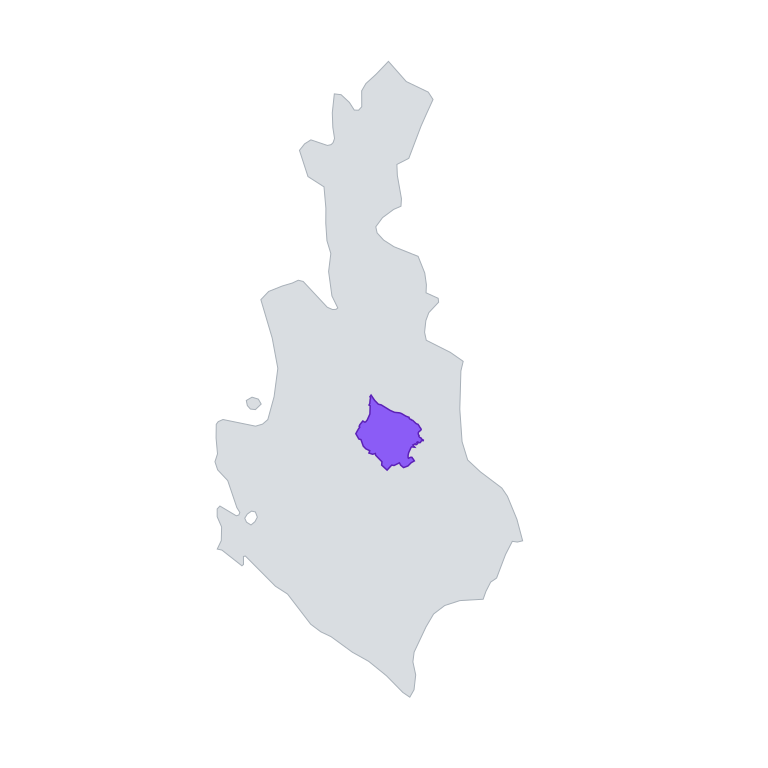 Kotayk, Kotayk, Armenia shown in context, rotated 226°
{"feature_id": "60910142B27902732275271", "entity_name": "Kotayk", "entity_type": "district", "adm_level": 2, "iso_a3": "ARM", "parent_name": "Armenia", "parent_adm1": "Kotayk", "projection": "natural_earth1", "projection_center": [44.724, 40.239], "detail": "fine", "context": "in_parent", "style": "filled", "palette": "violet", "viewbox_px": 768, "rotation_deg": 226, "n_neighbors": 0, "source": "geoboundaries", "source_scale": "gbopen_adm2", "svg_char_len": 3271}
<svg xmlns="http://www.w3.org/2000/svg" viewBox="0 0 768 768"><g transform="rotate(226 384 384)"><path d="M345.3,456.7L340.0,448.4L313.2,421.0L288.3,400.1L271.2,391.4L254.0,392.3L227.3,396.5L217.5,394.8L194.3,385.6L174.9,374.8L177.6,370.2L181.7,367.0L176.9,352.9L166.2,330.2L167.4,323.1L164.0,313.2L160.3,305.8L175.5,288.1L182.5,273.8L184.1,259.9L180.1,245.5L170.2,219.4L164.1,211.8L152.7,204.7L143.2,193.2L140.8,185.0L148.9,183.3L172.4,183.1L195.2,180.3L213.1,174.9L239.0,170.4L249.6,166.4L262.1,164.4L299.9,168.7L314.0,165.4L356.5,164.8L357.6,163.1L351.8,157.6L351.9,155.5L377.2,152.0L381.1,149.4L384.4,158.2L394.0,167.9L404.4,171.8L410.0,177.2L410.2,181.2L391.8,186.2L390.6,188.6L391.8,191.1L397.3,192.3L423.1,204.5L437.8,204.7L445.5,208.4L449.4,215.7L461.7,225.6L471.5,235.3L472.1,238.6L470.3,243.5L442.9,262.3L439.5,268.8L439.1,275.7L451.2,296.1L469.0,318.5L494.7,335.5L530.2,354.0L530.7,365.4L525.1,379.0L520.3,388.2L518.2,394.4L513.9,397.1L478.6,396.5L473.3,398.7L471.0,401.4L470.8,403.6L483.5,407.7L503.4,422.3L514.8,436.4L526.7,442.5L540.1,453.8L550.8,464.3L567.5,477.8L586.0,473.4L610.8,485.5L611.9,493.7L610.4,501.0L594.9,509.0L592.9,512.3L593.0,515.1L595.0,519.0L604.2,525.5L615.0,535.2L627.2,549.8L621.9,554.1L610.6,554.7L601.7,552.9L598.6,555.9L598.9,560.6L610.4,571.6L612.7,579.7L612.3,593.6L613.0,611.3L586.1,610.1L563.2,618.6L554.6,616.9L548.7,601.9L543.8,589.8L529.1,558.6L533.0,545.8L524.8,538.5L505.1,525.2L500.1,519.7L502.9,512.2L504.7,498.5L502.8,487.3L497.5,484.0L487.8,483.7L475.9,486.5L452.1,497.2L435.5,490.4L425.9,483.4L420.4,477.6L408.0,482.5L404.9,480.1L404.2,465.8L400.5,458.1L393.0,449.1L386.1,444.8L360.6,453.7L345.3,456.7ZM384.6,200.4L385.4,195.3L384.2,190.6L380.1,189.1L375.0,190.4L374.6,195.5L376.2,200.4L381.3,202.6L384.6,200.4ZM466.2,279.9L460.4,283.1L454.9,281.7L454.9,273.7L458.8,270.5L463.4,270.7L467.8,273.5L466.2,279.9Z" fill="#d9dde1" stroke="#a8b0b8" stroke-width="1"/><path d="M319.9,326.4L320.3,333.2L318.4,334.6L316.6,340.3L314.0,339.6L310.3,340.0L308.4,344.3L308.5,348.9L307.6,352.4L309.9,352.9L311.2,352.9L311.6,353.2L312.6,352.6L313.6,350.0L314.3,350.2L315.8,351.6L317.4,353.9L319.1,358.2L319.6,359.5L319.6,360.2L317.2,362.2L319.4,362.3L320.1,362.4L319.6,363.8L319.3,364.9L318.1,364.8L317.8,365.7L317.8,366.9L319.0,366.9L319.2,367.5L319.0,368.0L317.7,368.5L316.8,369.0L316.7,369.7L317.1,371.1L316.8,372.1L316.0,372.9L316.3,373.3L317.0,373.2L318.5,372.7L319.0,373.1L319.6,373.1L320.8,372.6L321.9,372.7L322.4,372.9L322.6,373.5L323.2,373.5L324.2,373.9L325.1,374.7L325.4,375.6L325.2,378.4L325.5,379.2L326.5,379.6L328.0,379.7L329.2,380.1L330.4,380.2L331.2,380.5L333.2,379.6L338.0,379.4L339.0,378.7L339.6,378.9L340.7,378.3L341.8,378.3L342.6,378.9L345.7,377.4L350.5,376.1L352.2,375.3L353.0,374.7L356.3,371.9L359.5,370.6L360.7,370.1L370.9,367.5L373.4,365.9L378.7,365.9L385.0,367.0L384.6,365.0L383.4,364.7L382.5,363.3L379.8,360.2L379.3,358.6L377.9,358.9L372.2,353.0L369.8,347.0L369.7,346.4L369.5,344.6L369.5,344.4L370.0,343.6L372.1,343.1L372.0,342.1L371.5,338.4L370.8,336.7L369.8,336.6L369.5,334.7L368.6,331.6L367.8,329.2L361.9,327.7L360.0,328.8L353.7,325.9L350.0,325.9L345.9,327.4L344.8,325.2L341.4,327.0L340.0,329.5L338.5,328.5L329.5,328.5L327.3,326.0L319.9,326.4Z" fill="#8b5cf6" stroke="#5b21b6" stroke-width="1.5"/></g></svg>